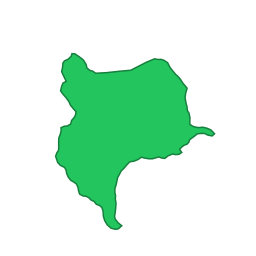 Artur Nogueira, São Paulo, Brazil (Equal Earth projection), rotated 158°
{"feature_id": "56859067B43378386004109", "entity_name": "Artur Nogueira", "entity_type": "district", "adm_level": 2, "iso_a3": "BRA", "parent_name": "Brazil", "parent_adm1": "São Paulo", "projection": "equal_earth", "projection_center": [-47.129, -22.556], "detail": "fine", "context": "isolated", "style": "filled", "palette": "green", "viewbox_px": 256, "rotation_deg": 158, "n_neighbors": 0, "source": "geoboundaries", "source_scale": "gbopen_adm2", "svg_char_len": 1853}
<svg xmlns="http://www.w3.org/2000/svg" viewBox="0 0 256 256"><g transform="rotate(158 128 128)"><path d="M195.9,144.6L197.5,141.1L199.4,136.2L200.8,133.3L203.2,131.7L205.7,128.9L206.1,122.4L204.7,118.7L201.6,115.2L201.2,112.2L201.9,108.8L201.8,104.9L200.7,101.0L198.3,97.9L196.8,95.4L196.6,91.9L197.4,88.1L197.6,84.8L195.0,81.7L192.4,80.4L190.5,78.1L189.1,74.8L187.1,72.9L185.9,69.1L183.4,66.8L182.0,64.1L182.3,60.0L183.9,55.5L184.3,50.7L183.5,45.9L181.3,41.5L177.8,38.9L174.9,38.1L170.4,39.7L172.6,43.6L174.0,48.3L173.5,51.3L171.4,54.6L169.6,58.0L167.3,62.7L166.3,67.1L164.9,69.7L164.3,73.3L162.7,76.9L160.3,79.8L158.3,82.8L156.2,85.9L153.5,88.1L150.6,90.6L146.6,92.3L143.1,94.2L139.0,96.0L135.0,95.0L130.5,95.0L126.5,95.9L124.3,94.2L120.3,91.7L116.8,90.3L112.8,89.9L110.2,89.6L108.1,87.6L105.3,86.0L101.2,87.2L96.3,87.2L93.9,85.5L90.5,84.5L87.3,85.2L88.2,88.8L85.7,90.1L82.4,91.0L79.3,90.9L77.0,92.0L75.3,94.0L72.3,94.8L70.0,95.4L65.8,96.6L61.8,95.4L59.0,94.2L56.4,91.3L52.9,89.1L49.9,90.3L51.8,95.0L54.4,97.8L56.7,99.6L58.8,100.9L61.2,101.5L63.5,102.5L67.0,105.0L69.3,108.3L68.1,111.1L66.7,114.4L65.9,118.9L66.4,122.1L65.4,125.2L64.9,129.2L63.8,134.5L61.6,138.5L58.3,142.8L60.4,149.3L61.2,153.5L62.1,156.4L63.9,160.3L65.2,164.4L66.4,168.6L66.8,173.7L69.3,177.3L71.7,179.3L74.3,180.2L77.5,182.2L86.3,182.1L103.8,180.5L114.6,183.8L127.0,187.3L137.5,190.9L139.3,193.8L141.8,195.7L143.6,199.2L143.0,202.6L143.9,207.7L145.6,210.7L147.5,213.8L149.5,216.7L152.1,217.9L153.8,215.8L157.8,214.2L161.8,214.0L164.0,212.6L166.1,208.5L168.4,205.2L168.2,200.3L167.8,194.4L171.5,194.0L174.2,191.1L176.6,187.7L175.6,183.6L174.0,179.2L172.9,174.2L172.8,170.7L171.4,166.2L170.1,162.6L171.9,159.6L174.5,157.6L177.4,156.2L179.6,153.2L183.3,152.6L186.6,153.5L190.0,153.4L191.0,150.6L192.9,147.9L195.9,144.6Z" fill="#22c55e" stroke="#15803d" stroke-width="1.5"/></g></svg>